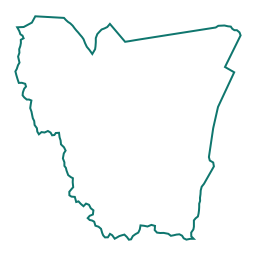 outline of Filadélfia, Bahia, Brazil
{"feature_id": "56859067B92163850644404", "entity_name": "Filadélfia", "entity_type": "district", "adm_level": 2, "iso_a3": "BRA", "parent_name": "Brazil", "parent_adm1": "Bahia", "projection": "robinson", "projection_center": [-40.167, -10.734], "detail": "fine", "context": "isolated", "style": "outline", "palette": "teal", "viewbox_px": 256, "rotation_deg": 0, "n_neighbors": 0, "source": "geoboundaries", "source_scale": "gbopen_adm2", "svg_char_len": 2271}
<svg xmlns="http://www.w3.org/2000/svg" viewBox="0 0 256 256"><path d="M17.2,27.3L19.3,31.1L20.4,34.3L22.5,35.6L23.6,38.3L20.8,39.8L20.9,43.0L20.3,46.1L19.2,49.2L19.4,52.8L18.1,56.6L18.8,59.7L19.5,62.6L18.0,65.2L16.8,68.9L15.4,71.4L16.4,75.3L17.7,79.6L18.8,82.9L21.8,82.8L25.2,83.8L26.0,86.6L24.2,88.7L22.9,92.4L22.6,95.3L24.2,97.4L26.7,99.5L29.0,99.5L31.4,100.5L30.8,103.9L30.2,108.1L31.5,111.7L32.2,115.3L32.8,118.2L34.2,121.0L34.6,125.0L36.9,128.2L37.3,131.6L38.9,134.3L41.5,132.1L44.6,132.5L47.9,131.0L50.6,132.6L52.1,135.3L54.4,135.0L55.8,133.0L59.0,132.8L59.6,137.4L60.6,140.5L61.0,144.4L64.0,147.3L65.6,150.6L63.8,153.4L62.9,158.4L64.4,162.3L64.4,165.9L65.9,167.9L66.5,170.5L68.2,175.1L70.8,177.1L72.9,178.2L72.7,182.2L73.2,187.2L71.5,189.1L69.3,191.8L69.4,195.3L71.4,196.6L74.8,196.9L75.5,199.4L76.2,202.0L78.5,201.4L80.8,203.9L83.5,206.2L86.0,203.6L89.0,204.8L90.8,208.3L93.4,210.3L92.9,214.5L89.7,215.8L87.7,218.1L89.7,220.0L92.0,220.5L94.2,221.7L95.4,225.7L98.5,226.7L101.0,228.8L102.2,233.0L103.2,235.4L105.0,237.4L107.9,237.3L110.0,233.9L112.2,235.2L114.7,238.7L116.9,237.5L119.3,236.1L121.8,235.3L124.4,234.6L126.9,237.0L128.9,239.7L131.1,239.3L132.8,236.1L135.4,234.2L138.3,232.6L139.8,229.4L140.5,225.4L144.1,225.8L147.5,226.5L151.4,224.9L155.0,225.9L154.7,230.1L157.0,232.6L160.2,233.0L163.6,232.9L168.3,233.8L170.9,235.8L173.5,235.3L176.5,234.6L179.4,234.3L182.1,235.7L183.7,238.3L186.4,239.6L190.4,238.8L193.7,238.8L191.3,236.4L191.2,232.6L193.4,229.4L193.9,226.7L193.9,223.6L193.9,220.4L195.6,218.3L197.9,216.5L198.6,213.4L199.0,210.3L199.2,207.0L199.2,203.7L200.1,200.9L200.0,197.8L200.5,194.2L200.7,190.5L201.7,186.7L204.0,183.8L205.7,180.8L213.9,166.4L213.2,162.5L209.8,160.5L208.9,157.1L213.2,128.2L218.0,107.0L234.2,72.3L225.0,67.0L240.6,35.4L239.5,32.4L236.9,30.2L234.4,30.2L232.3,28.8L230.8,26.6L228.0,26.3L224.5,25.5L218.3,25.8L215.7,27.5L170.3,34.6L139.2,39.5L134.9,40.2L129.6,41.1L125.1,41.8L109.9,23.9L107.3,27.0L104.5,28.4L101.6,29.5L99.4,31.8L97.3,34.1L95.8,38.1L95.8,42.2L95.5,46.4L95.1,49.2L92.3,54.0L89.4,49.9L86.8,46.8L85.0,43.0L83.6,39.3L82.0,37.0L80.0,34.7L78.3,32.6L76.3,30.4L74.6,28.3L72.7,25.7L70.3,23.4L68.0,21.9L65.8,19.9L64.0,17.9L35.3,16.3L31.9,22.6L23.7,27.0L17.2,27.3Z" fill="none" stroke="#0f766e" stroke-width="2"/></svg>